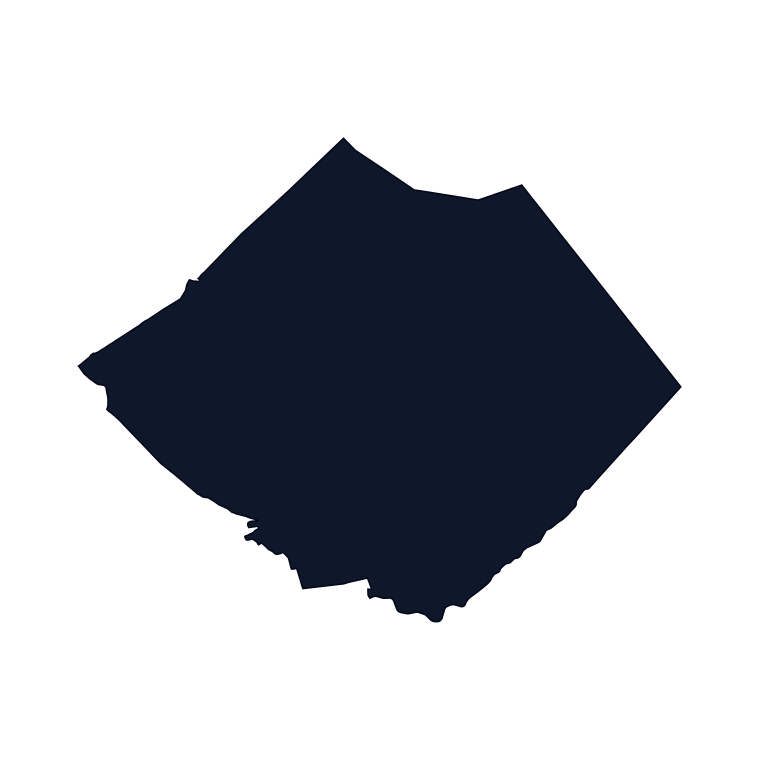 Gemert-Bakel, Noord-Brabant, Netherlands (Albers equal-area conic projection), rotated 330°
{"feature_id": "6326949B55320992871196", "entity_name": "Gemert-Bakel", "entity_type": "district", "adm_level": 2, "iso_a3": "NLD", "parent_name": "Netherlands", "parent_adm1": "Noord-Brabant", "projection": "albers", "projection_center": [5.722, 51.541], "detail": "fine", "context": "isolated", "style": "filled", "palette": "ink", "viewbox_px": 768, "rotation_deg": 330, "n_neighbors": 0, "source": "geoboundaries", "source_scale": "gbopen_adm2", "svg_char_len": 6099}
<svg xmlns="http://www.w3.org/2000/svg" viewBox="0 0 768 768"><g transform="rotate(330 384 384)"><path d="M128.4,215.6L128.9,219.9L129.2,223.7L129.3,224.5L129.5,225.5L131.5,231.5L131.7,232.1L135.1,239.6L135.5,240.3L135.9,241.0L136.3,241.4L136.7,241.8L140.1,244.5L140.6,244.9L140.9,245.4L141.2,246.0L141.4,246.5L141.5,247.1L141.5,247.8L141.4,248.5L141.2,249.0L140.2,251.5L139.8,252.4L138.6,256.2L138.1,257.5L137.6,258.7L136.8,260.2L134.1,264.6L133.3,265.5L132.2,266.6L131.2,267.4L131.3,267.7L131.7,268.1L131.8,268.3L131.8,268.6L131.8,268.8L131.7,269.0L132.2,270.7L132.7,271.2L135.0,277.7L135.9,280.4L137.1,284.5L137.6,286.6L138.4,290.2L139.2,293.3L142.5,306.7L144.2,313.5L145.8,320.1L149.2,334.2L150.9,340.9L151.4,342.4L154.7,350.6L155.5,352.9L156.7,355.8L157.7,358.4L162.1,370.5L163.0,373.1L165.6,380.3L167.7,386.4L168.1,386.7L168.5,387.3L169.5,389.3L170.7,391.2L171.1,391.8L171.4,392.0L172.1,392.3L172.3,392.5L172.5,393.0L173.4,393.5L173.9,393.8L174.4,394.2L174.5,394.3L175.0,395.0L175.4,395.3L175.5,395.5L175.7,396.2L175.9,396.6L176.2,397.2L176.7,397.9L177.0,398.5L177.5,399.2L178.2,401.0L178.9,402.3L179.1,402.8L179.6,403.7L179.9,404.4L180.2,405.2L180.4,405.6L180.4,405.9L180.6,406.1L180.9,406.5L181.7,407.1L181.8,407.5L182.0,408.0L182.4,408.5L183.4,409.6L183.6,409.9L184.2,411.1L184.4,411.4L185.0,412.1L185.5,412.6L185.7,412.8L185.8,413.1L186.2,413.9L186.6,414.9L187.1,416.2L187.7,417.8L188.0,418.7L188.5,419.4L189.0,419.9L189.6,420.5L189.9,420.8L190.6,422.0L190.9,422.5L191.8,423.3L192.4,423.8L192.8,424.3L193.8,425.2L194.1,425.5L194.5,426.0L195.3,426.7L196.4,427.8L197.5,428.8L198.9,430.4L199.9,431.7L201.0,433.0L204.0,436.1L204.7,436.7L204.8,436.8L205.0,437.2L205.1,437.3L205.4,437.6L205.8,437.9L205.9,438.0L206.2,438.4L206.4,438.7L206.6,439.0L206.3,439.3L205.6,439.1L203.0,437.7L201.2,436.9L199.3,436.2L198.7,436.1L197.9,436.1L196.8,436.2L196.6,436.5L195.6,437.8L195.3,438.3L195.2,439.9L195.1,440.7L203.1,443.9L203.6,444.9L203.7,445.3L203.1,446.1L202.3,446.5L199.6,446.4L198.6,446.5L198.0,446.7L197.6,446.9L197.0,447.1L194.6,447.2L191.7,446.8L191.0,446.8L190.7,446.8L189.0,446.7L188.5,446.5L187.8,446.3L187.4,446.3L187.1,446.6L187.1,446.8L186.9,447.7L186.8,447.8L186.8,450.1L187.0,450.1L187.4,450.7L187.9,451.1L192.3,452.4L192.6,452.6L193.5,454.4L194.7,457.0L194.9,458.8L194.8,459.8L194.9,460.4L195.1,460.6L195.5,460.7L198.3,460.2L198.9,461.9L199.8,464.3L200.2,465.6L200.6,467.1L200.9,467.9L201.1,468.9L201.3,469.6L201.5,470.0L201.8,470.3L202.5,471.5L203.1,472.4L203.8,473.6L204.3,475.4L204.6,475.9L204.9,477.0L205.3,477.4L205.8,477.7L206.1,478.0L206.4,478.1L207.2,478.4L207.8,478.6L209.7,479.1L211.9,479.3L212.4,479.4L212.5,479.9L213.5,483.5L213.7,484.4L214.3,486.7L213.3,490.4L212.1,494.7L211.3,498.0L211.7,498.3L213.4,499.1L216.2,500.0L211.4,520.6L248.9,536.8L249.8,537.1L252.7,537.7L256.0,538.6L258.2,539.3L272.7,543.8L270.8,555.1L270.7,555.6L270.2,555.4L267.5,553.6L265.5,557.2L264.6,558.9L264.6,562.4L268.7,562.9L270.3,563.4L271.7,564.5L275.5,568.5L276.2,569.1L277.1,569.7L281.4,571.9L282.2,572.4L283.3,573.7L283.5,574.0L283.9,575.3L283.9,577.0L282.5,585.1L282.4,586.8L282.7,588.1L283.4,589.3L284.7,590.7L289.3,594.6L289.8,594.9L290.2,595.1L290.9,595.4L298.0,597.8L298.7,598.2L299.4,598.7L299.8,599.2L303.7,603.6L304.0,604.0L304.3,604.5L304.6,605.1L304.8,605.6L306.2,611.0L306.6,612.0L306.9,612.8L307.2,613.2L308.1,614.3L308.5,614.7L309.1,615.1L311.1,616.4L311.9,616.8L312.4,616.9L313.1,617.1L313.8,617.1L314.9,617.0L315.3,616.9L316.3,616.4L317.2,615.8L318.4,614.6L320.4,612.7L323.3,609.9L324.2,609.1L324.5,608.9L325.2,608.5L325.6,608.4L326.2,608.3L326.8,608.2L328.9,608.4L330.4,608.5L332.6,609.1L332.8,609.2L334.3,610.1L334.6,610.3L338.9,614.9L339.9,615.7L340.8,616.1L341.2,616.2L342.3,616.2L342.6,616.2L342.9,616.1L343.5,615.9L343.9,615.7L344.3,615.4L346.0,614.1L346.2,613.9L348.4,612.9L350.2,612.2L351.8,611.9L359.7,611.0L368.6,609.7L368.9,609.7L369.6,609.5L372.5,609.0L374.0,608.7L375.5,608.2L377.2,607.7L377.9,607.4L379.0,606.7L380.0,606.0L380.7,605.5L382.2,604.9L382.8,604.5L383.7,604.2L384.2,604.1L384.8,604.0L388.7,604.2L389.3,604.2L389.6,604.2L390.0,604.1L390.5,603.9L390.8,603.7L392.5,602.3L393.0,602.1L393.9,601.8L398.3,600.8L398.9,600.7L400.0,600.8L403.1,601.7L403.3,601.7L403.9,601.8L404.5,601.7L408.9,600.6L409.6,600.5L410.4,600.6L411.1,600.9L412.5,601.4L413.4,601.5L414.0,601.5L414.6,601.5L415.2,601.4L415.8,601.2L416.4,600.9L416.9,600.6L420.2,598.4L420.7,598.1L421.3,597.9L421.9,597.7L424.7,597.4L425.7,596.9L427.2,597.3L428.5,597.5L438.5,598.4L439.5,598.4L440.3,598.2L441.0,597.9L450.4,592.4L450.8,592.2L451.3,592.0L451.7,591.9L452.5,591.9L455.7,592.3L456.7,592.3L463.6,591.2L466.1,590.9L471.1,590.6L471.7,590.5L478.0,589.1L479.6,588.6L483.3,587.2L484.1,587.0L488.1,585.9L489.4,585.2L490.4,584.1L491.2,582.6L491.8,581.9L492.6,581.3L498.3,578.2L503.5,576.1L505.5,575.7L507.0,576.3L507.7,576.7L508.5,577.0L509.4,576.9L509.7,576.8L514.3,575.2L519.9,573.3L543.4,565.7L565.4,558.6L571.8,556.7L574.1,556.0L639.6,534.9L639.6,534.7L627.0,448.4L627.0,448.0L626.5,444.6L623.7,424.9L613.6,355.5L612.5,348.2L607.2,311.1L605.0,296.4L603.7,287.1L602.8,280.6L557.9,271.9L557.0,271.4L523.1,243.8L507.1,230.9L494.0,203.8L489.9,195.4L476.0,167.3L471.8,150.9L456.4,154.7L431.3,160.8L401.5,168.1L400.5,168.4L382.9,172.3L371.6,174.8L365.3,176.2L354.3,178.6L338.3,182.1L335.6,182.7L329.0,184.6L315.8,188.3L301.0,192.6L294.6,194.4L283.0,197.7L282.9,197.6L281.6,198.0L281.6,197.8L279.6,198.4L279.7,198.6L279.0,198.8L279.0,199.0L275.7,199.8L276.7,201.5L275.6,202.5L275.2,202.7L274.8,202.7L274.0,202.0L272.6,200.9L271.2,200.2L270.1,199.3L267.6,196.5L267.0,196.7L265.7,197.5L263.0,199.5L263.0,199.4L262.4,199.9L259.0,203.7L250.3,208.5L230.5,209.0L215.5,210.0L211.4,210.2L210.8,210.2L208.6,210.0L208.0,210.1L204.7,210.3L201.0,211.0L200.4,211.0L197.6,211.1L171.8,212.4L168.8,212.7L168.1,212.6L163.7,212.8L158.1,213.2L157.3,213.1L154.0,213.3L152.6,213.3L151.8,213.5L151.3,213.2L151.0,213.1L149.8,213.1L148.0,212.6L147.7,212.1L146.7,212.1L145.4,212.4L144.9,212.4L144.5,212.3L143.6,212.9L143.3,213.2L141.4,213.6L129.5,215.6L128.4,215.6Z" fill="#0f172a" stroke="#020617" stroke-width="1.5"/></g></svg>